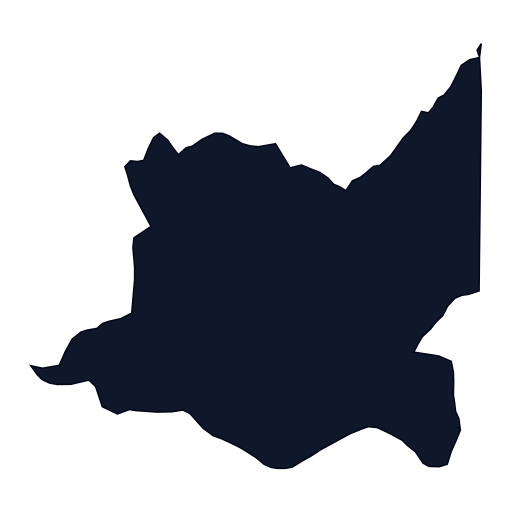 outline of Paraíso do Norte, Paraná, Brazil
{"feature_id": "56859067B23838105782075", "entity_name": "Paraíso do Norte", "entity_type": "district", "adm_level": 2, "iso_a3": "BRA", "parent_name": "Brazil", "parent_adm1": "Paraná", "projection": "equal_earth", "projection_center": [-52.64, -23.256], "detail": "fine", "context": "isolated", "style": "filled", "palette": "ink", "viewbox_px": 512, "rotation_deg": 0, "n_neighbors": 0, "source": "geoboundaries", "source_scale": "gbopen_adm2", "svg_char_len": 1762}
<svg xmlns="http://www.w3.org/2000/svg" viewBox="0 0 512 512"><path d="M117.4,414.0L129.3,409.6L136.1,410.6L157.0,412.1L171.5,411.8L182.9,410.1L190.0,413.6L203.0,428.2L213.1,435.7L221.5,438.7L236.4,445.7L243.0,449.3L256.0,457.6L264.1,464.3L271.0,467.4L277.4,468.4L285.2,468.4L292.3,467.1L304.6,459.6L310.8,456.2L320.9,449.6L350.1,433.7L362.4,428.7L368.4,426.7L377.3,427.6L390.7,434.0L402.4,440.4L407.3,445.4L415.4,451.8L423.1,463.2L429.1,466.5L439.4,466.7L447.2,464.3L451.3,451.3L456.3,440.1L460.4,430.1L458.9,418.7L455.6,411.4L454.6,402.6L453.4,394.8L453.7,381.4L453.4,372.1L451.3,361.4L438.8,356.0L413.8,352.1L418.3,343.5L422.3,336.8L430.6,329.0L435.8,322.3L442.8,315.6L447.6,306.1L455.0,298.2L461.9,295.3L468.9,294.3L479.1,290.9L481.3,90.6L479.5,57.5L469.6,59.7L461.3,65.3L456.7,75.0L450.8,86.7L444.1,95.0L438.2,98.0L433.1,107.2L428.4,112.8L421.5,111.4L416.5,121.5L410.5,130.6L403.1,138.1L395.0,149.4L390.8,155.4L385.5,160.3L379.8,165.4L373.4,166.4L366.1,172.8L360.3,177.3L352.4,180.8L345.9,190.7L339.8,186.8L333.6,184.2L328.1,178.1L319.7,172.3L310.8,168.9L301.4,165.0L290.1,167.8L275.5,143.7L258.5,146.7L250.4,145.9L242.3,143.7L229.3,135.9L222.5,133.3L214.8,133.2L202.1,139.3L192.2,146.2L186.2,147.7L178.3,154.7L172.2,146.7L167.9,140.3L159.6,133.2L153.6,137.6L148.2,148.6L143.7,160.3L137.7,161.5L130.4,160.8L124.8,166.7L127.3,174.2L130.4,185.9L133.9,194.7L151.0,226.4L133.9,237.8L132.9,247.8L134.6,267.0L134.6,279.5L131.7,313.1L120.5,318.7L109.3,321.2L102.7,323.4L96.9,328.4L86.9,330.1L80.9,332.1L72.0,339.2L65.4,351.4L59.2,365.3L42.6,368.2L30.7,365.7L37.4,374.8L42.1,379.6L49.6,383.1L57.5,384.5L71.0,384.3L88.8,380.1L95.6,386.5L102.3,406.7L117.4,414.0ZM479.5,57.5L481.3,43.6L477.1,50.0L479.5,57.5Z" fill="#0f172a" stroke="#020617" stroke-width="1.5"/></svg>